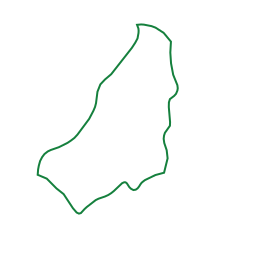 Tuyên Quang, Natural Earth projection, rotated 214°
{"feature_id": "VNM-457", "entity_name": "Tuyên Quang", "entity_type": "Province", "adm_level": 1, "iso_a3": "VNM", "parent_name": "Vietnam", "parent_adm1": "", "projection": "natural_earth1", "projection_center": [105.255, 22.072], "detail": "fine", "context": "isolated", "style": "outline", "palette": "green", "viewbox_px": 256, "rotation_deg": 214, "n_neighbors": 0, "source": "natural_earth", "source_scale": "10m", "svg_char_len": 1122}
<svg xmlns="http://www.w3.org/2000/svg" viewBox="0 0 256 256"><g transform="rotate(214 128 128)"><path d="M111.0,191.1L109.0,188.8L108.0,186.7L107.3,183.2L107.7,180.4L109.4,175.4L108.4,172.1L105.9,168.2L96.4,156.4L94.5,153.3L94.7,144.7L93.9,141.9L92.4,139.0L89.5,135.8L83.5,131.2L78.2,125.0L73.1,111.1L79.0,104.3L84.8,94.3L85.5,92.3L86.1,90.2L86.2,88.1L86.1,85.7L86.3,83.3L87.1,81.2L88.8,79.6L91.5,79.3L93.8,79.7L98.0,81.5L99.6,81.6L100.8,80.9L102.0,79.0L104.5,67.8L105.5,64.6L106.9,61.4L108.8,58.3L112.9,52.9L114.5,50.1L118.0,39.4L118.7,36.5L119.5,31.1L120.8,29.6L123.3,29.2L128.8,30.7L144.4,37.2L153.5,37.9L167.0,40.6L176.7,38.7L179.3,43.3L180.9,47.0L182.4,51.5L182.9,55.9L182.7,59.7L181.4,63.7L179.7,66.6L174.6,73.4L169.8,81.9L168.3,85.6L166.9,89.7L166.2,94.2L165.3,113.8L166.3,122.9L167.1,127.0L168.4,130.7L173.6,141.0L175.3,148.7L174.2,155.4L172.0,163.2L169.6,196.6L169.7,202.8L170.2,207.6L172.4,212.6L173.6,214.6L175.0,216.3L178.2,218.6L175.0,221.2L172.6,222.6L165.5,225.6L161.3,226.6L151.6,226.8L140.7,223.6L135.1,214.2L128.5,205.7L120.3,197.4L111.0,191.1Z" fill="none" stroke="#15803d" stroke-width="2"/></g></svg>